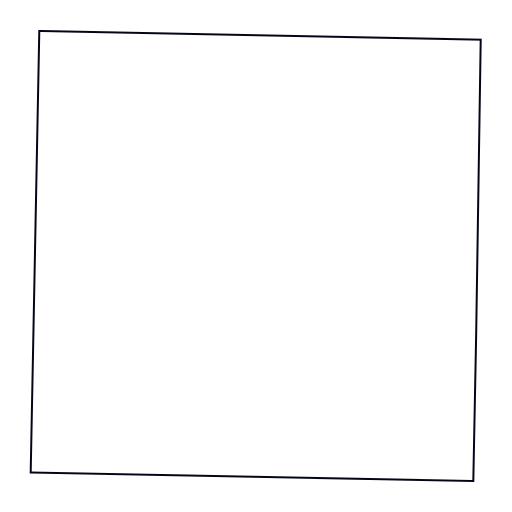 Seward, Nebraska, United States of America (Equal Earth projection), rotated 1°
{"feature_id": "52423323B50474680462759", "entity_name": "Seward", "entity_type": "district", "adm_level": 2, "iso_a3": "USA", "parent_name": "United States of America", "parent_adm1": "Nebraska", "projection": "equal_earth", "projection_center": [-97.107, 40.872], "detail": "fine", "context": "isolated", "style": "outline", "palette": "ink", "viewbox_px": 512, "rotation_deg": 1, "n_neighbors": 0, "source": "geoboundaries", "source_scale": "gbopen_adm2", "svg_char_len": 243}
<svg xmlns="http://www.w3.org/2000/svg" viewBox="0 0 512 512"><g transform="rotate(1 256 256)"><path d="M34.5,476.4L474.9,477.2L477.2,477.2L477.5,330.1L476.9,35.8L35.4,34.8L34.5,476.4Z" fill="none" stroke="#020617" stroke-width="2"/></g></svg>